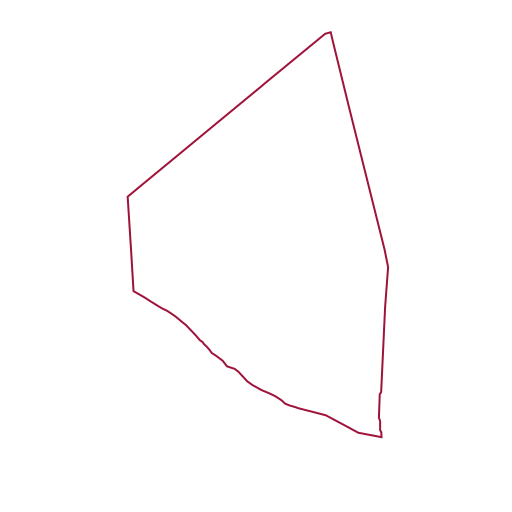 outline of Mubark-Sharq Tafrea, Bur Sa`id, Egypt, rotated 168°
{"feature_id": "37247803B27460825727162", "entity_name": "Mubark-Sharq Tafrea", "entity_type": "district", "adm_level": 2, "iso_a3": "EGY", "parent_name": "Egypt", "parent_adm1": "Bur Sa`id", "projection": "orthographic", "projection_center": [32.444, 31.075], "detail": "fine", "context": "isolated", "style": "outline", "palette": "rose", "viewbox_px": 512, "rotation_deg": 168, "n_neighbors": 0, "source": "geoboundaries", "source_scale": "gbopen_adm2", "svg_char_len": 900}
<svg xmlns="http://www.w3.org/2000/svg" viewBox="0 0 512 512"><g transform="rotate(168 256 256)"><path d="M383.1,247.1L382.8,246.8L373.5,238.5L369.3,234.3L363.6,228.8L358.9,224.4L354.3,220.8L350.9,217.4L347.5,213.8L344.8,210.4L342.0,206.8L339.0,203.2L331.3,190.7L328.5,185.4L326.2,183.0L325.0,180.3L323.0,177.5L321.0,173.9L319.5,170.4L315.7,166.6L310.4,160.5L307.3,154.1L300.3,150.0L297.1,146.2L290.6,135.2L286.3,130.5L278.5,123.7L271.8,119.1L266.2,114.8L260.8,109.3L258.4,105.7L254.4,102.9L249.1,100.1L246.4,98.4L220.7,85.6L192.6,61.8L170.9,52.7L170.1,57.5L170.8,59.9L168.9,68.8L169.4,72.2L163.7,95.1L161.9,96.8L140.3,179.3L129.1,217.6L128.9,235.4L134.1,382.5L135.5,427.5L136.2,449.7L136.4,459.3L142.1,459.0L202.7,427.6L212.7,422.4L212.9,422.2L266.3,394.4L325.9,363.3L329.0,361.7L351.5,350.0L357.4,346.9L369.2,340.7L377.3,285.6L383.1,247.1Z" fill="none" stroke="#9f1239" stroke-width="2"/></g></svg>